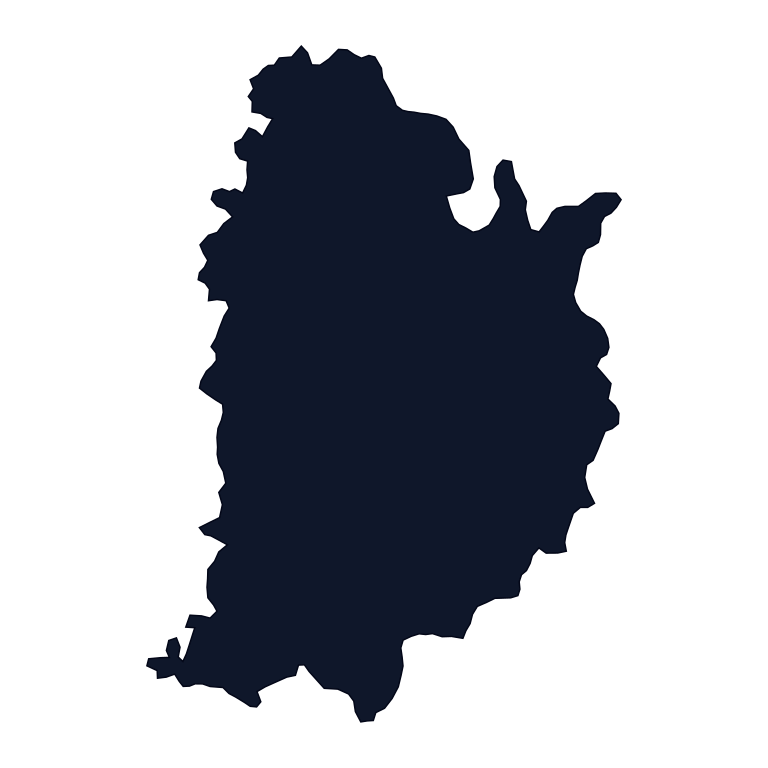 the district of Conchas, São Paulo, Brazil
{"feature_id": "56859067B88787741870542", "entity_name": "Conchas", "entity_type": "district", "adm_level": 2, "iso_a3": "BRA", "parent_name": "Brazil", "parent_adm1": "São Paulo", "projection": "natural_earth1", "projection_center": [-48.053, -22.963], "detail": "fine", "context": "isolated", "style": "filled", "palette": "ink", "viewbox_px": 768, "rotation_deg": 0, "n_neighbors": 0, "source": "geoboundaries", "source_scale": "gbopen_adm2", "svg_char_len": 3601}
<svg xmlns="http://www.w3.org/2000/svg" viewBox="0 0 768 768"><path d="M207.0,394.0L216.1,400.2L222.6,404.2L223.3,412.5L221.4,420.3L218.0,428.4L217.0,437.4L217.6,447.2L217.2,454.3L218.9,463.4L223.3,471.5L225.8,483.2L218.8,492.4L222.4,504.7L219.6,517.6L210.8,521.9L199.4,527.6L204.8,534.6L210.8,535.8L217.4,539.3L227.4,544.8L218.8,551.9L214.6,561.3L207.9,569.4L207.6,578.9L207.0,587.3L207.9,597.8L213.6,605.0L217.0,611.2L210.1,618.1L201.6,615.9L190.0,615.2L185.8,627.1L194.8,627.7L192.6,634.5L189.2,645.3L186.4,653.9L182.9,661.5L178.2,657.0L180.0,647.2L176.4,637.9L168.8,640.5L166.4,650.5L169.4,657.4L160.7,657.7L148.7,658.8L146.9,665.8L157.2,670.6L157.5,678.2L166.3,677.1L174.7,674.1L179.2,681.3L183.2,686.4L189.5,686.1L195.2,683.8L202.6,683.9L210.1,686.5L223.0,687.5L229.0,693.5L235.6,697.0L244.6,702.5L250.2,706.3L256.6,706.9L260.8,701.8L257.0,691.6L265.2,686.8L273.6,683.0L281.0,679.7L286.8,677.1L295.4,675.3L298.5,665.1L304.4,664.8L309.1,671.5L316.2,679.4L324.2,688.3L337.8,689.1L348.6,694.0L353.8,701.1L355.4,711.6L360.8,721.9L367.1,720.9L373.3,720.5L375.8,712.6L384.6,708.2L392.1,698.5L398.3,686.8L401.1,675.2L403.0,666.0L402.1,657.0L400.8,647.9L403.1,640.1L411.2,636.3L419.1,633.8L425.7,634.5L432.5,633.6L442.1,636.7L451.5,636.4L462.9,638.3L465.9,630.7L470.1,623.6L472.5,614.3L477.3,606.4L486.7,602.3L494.9,598.3L510.7,597.8L517.9,595.6L519.9,589.2L519.2,581.8L521.5,574.7L526.4,570.6L530.1,563.4L532.3,555.6L538.9,547.9L546.1,553.1L557.7,553.0L566.3,551.2L564.7,542.6L565.9,535.0L568.5,527.2L573.3,513.3L580.3,507.4L587.7,507.4L594.5,503.3L587.5,489.2L584.7,477.5L586.7,464.8L593.1,460.3L597.9,449.4L600.9,441.7L605.1,431.2L612.1,428.6L618.3,423.6L618.9,413.3L615.1,406.0L607.9,399.0L609.7,390.8L611.0,383.6L603.9,375.1L596.3,366.4L600.5,357.9L606.6,354.4L608.9,347.4L607.7,338.4L603.8,329.4L599.5,323.8L594.1,319.8L586.6,316.0L580.7,311.2L575.7,302.6L573.4,294.4L575.1,287.3L577.2,280.4L578.4,273.0L580.0,265.1L582.2,256.3L586.3,248.7L592.9,245.8L598.3,242.4L600.5,234.6L600.7,223.2L604.5,216.5L611.0,213.1L616.4,207.3L621.1,199.7L616.0,193.3L605.4,193.0L595.5,193.5L586.1,200.9L578.5,206.4L571.6,206.4L565.0,206.4L556.9,208.3L552.2,212.4L547.8,220.3L544.0,225.5L539.1,231.9L530.8,229.6L527.7,220.3L525.3,209.8L526.4,201.2L519.0,185.6L514.6,178.9L513.1,170.9L511.4,161.6L503.0,160.1L497.0,166.5L494.2,176.6L494.9,187.8L500.4,199.4L500.2,206.4L496.4,212.8L493.3,218.5L489.2,225.1L479.2,230.8L472.9,232.2L466.0,228.1L458.8,224.5L453.8,218.8L449.7,207.9L446.3,196.0L457.0,193.8L463.5,192.6L469.8,189.0L473.3,178.9L470.5,162.5L468.8,150.4L458.9,139.1L453.2,127.2L446.0,119.3L436.9,116.0L428.1,114.1L420.6,113.4L414.1,112.2L408.1,111.6L402.4,110.3L396.2,105.7L393.4,98.1L382.6,78.3L381.4,68.2L374.8,57.0L368.9,55.5L361.4,58.2L354.2,54.7L347.2,49.9L338.5,49.4L329.1,58.9L320.1,65.2L311.8,64.9L307.5,52.8L301.3,46.1L291.8,57.0L279.3,58.0L274.3,65.2L268.3,65.5L263.1,69.2L258.3,75.2L250.1,79.7L253.6,88.8L248.3,96.5L252.3,101.4L252.0,111.9L260.8,113.4L267.0,117.4L272.7,118.6L267.7,126.8L262.4,136.7L255.5,130.6L248.9,127.9L242.0,138.9L234.8,142.9L235.5,152.3L239.8,158.7L247.6,161.1L247.0,169.9L247.7,177.7L246.4,185.2L242.6,193.0L234.9,189.0L229.5,191.6L222.0,188.8L213.5,191.6L211.3,199.3L217.0,206.0L225.5,209.1L232.6,216.9L223.8,223.6L217.3,232.4L208.5,235.3L200.0,244.9L203.5,253.2L207.8,260.3L204.5,267.3L199.5,272.7L198.2,279.7L205.1,283.1L209.5,289.2L208.5,300.7L217.0,299.5L226.1,300.7L229.2,308.1L224.2,316.0L219.4,328.4L216.1,338.1L211.1,346.7L216.1,353.0L216.4,360.4L212.0,366.1L206.4,371.3L201.0,381.1L199.5,388.1L207.0,394.0Z" fill="#0f172a" stroke="#020617" stroke-width="1.5"/></svg>